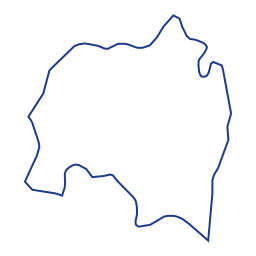 an SVG outline of Sololá
{"feature_id": "GTM-1954", "entity_name": "Sololá", "entity_type": "Department", "adm_level": 1, "iso_a3": "GTM", "parent_name": "Guatemala", "parent_adm1": "", "projection": "natural_earth1", "projection_center": [-91.246, 14.721], "detail": "fine", "context": "isolated", "style": "outline", "palette": "blue", "viewbox_px": 256, "rotation_deg": 0, "n_neighbors": 0, "source": "natural_earth", "source_scale": "10m", "svg_char_len": 1373}
<svg xmlns="http://www.w3.org/2000/svg" viewBox="0 0 256 256"><path d="M221.7,65.4L222.9,69.2L231.1,113.6L227.8,125.1L227.4,127.2L228.4,139.9L218.0,168.2L214.0,174.8L212.4,180.2L212.4,193.4L208.2,240.6L188.5,223.4L181.8,218.6L176.9,216.6L173.9,215.9L168.7,215.8L164.2,216.5L150.2,224.8L138.8,226.7L137.4,225.9L135.9,224.7L135.6,222.9L135.6,221.2L136.9,214.5L137.0,212.7L136.9,207.2L136.1,202.3L135.2,199.9L132.9,196.7L118.2,181.9L112.9,175.4L111.4,174.9L109.5,174.6L103.8,176.0L92.5,177.1L92.1,176.8L86.3,169.1L78.8,165.0L74.8,164.6L71.8,165.8L70.0,166.9L67.5,168.8L66.1,170.4L65.4,172.0L64.9,173.7L64.8,175.4L65.1,182.9L64.7,187.5L62.1,195.6L55.4,193.4L32.4,189.8L24.9,181.7L36.9,155.6L39.3,147.3L39.2,145.2L38.6,142.0L32.3,122.9L30.9,120.2L28.4,116.7L43.2,93.7L49.4,70.5L51.3,68.5L74.4,46.1L78.9,44.4L84.8,43.4L96.5,45.5L101.1,47.0L104.0,48.4L107.6,48.9L118.0,43.8L125.0,43.8L128.5,44.6L136.6,47.6L138.2,47.8L141.5,47.9L144.2,47.3L149.8,45.4L156.8,37.5L163.5,26.6L173.4,15.4L179.5,18.6L182.1,26.5L186.9,36.3L190.0,38.9L191.4,39.2L192.8,39.3L195.0,39.7L197.8,40.6L203.7,43.1L205.9,45.1L206.9,47.0L206.6,48.4L205.3,51.2L203.8,53.7L199.6,59.0L198.9,60.2L198.5,62.6L198.5,65.8L199.2,72.1L200.3,74.9L201.6,76.5L203.1,76.7L204.6,76.7L205.9,76.1L207.0,75.3L207.8,74.2L208.5,73.0L209.0,71.7L211.0,63.6L213.3,62.0L221.7,65.4Z" fill="none" stroke="#1e3a8a" stroke-width="2"/></svg>